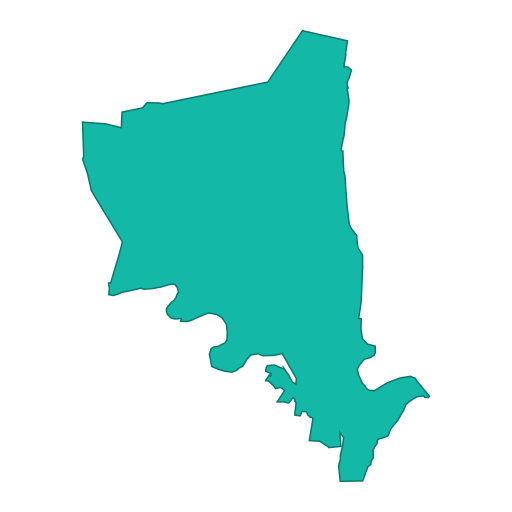 San Juan Bautista Lo de Soto, Guerrero, Mexico
{"feature_id": "50627088B39502815405022", "entity_name": "San Juan Bautista Lo de Soto", "entity_type": "district", "adm_level": 2, "iso_a3": "MEX", "parent_name": "Mexico", "parent_adm1": "Guerrero", "projection": "orthographic", "projection_center": [-98.336, 16.509], "detail": "fine", "context": "isolated", "style": "filled", "palette": "teal", "viewbox_px": 512, "rotation_deg": 0, "n_neighbors": 0, "source": "geoboundaries", "source_scale": "gbopen_adm2", "svg_char_len": 3585}
<svg xmlns="http://www.w3.org/2000/svg" viewBox="0 0 512 512"><path d="M82.5,122.0L83.7,156.3L83.3,157.3L82.5,159.0L87.6,174.0L91.3,190.5L102.2,208.7L121.8,240.8L122.3,242.4L119.2,254.2L119.0,254.9L111.4,280.4L110.6,283.0L108.6,283.0L108.6,284.1L109.3,288.2L108.8,294.7L112.1,295.3L113.5,295.5L120.0,293.4L121.2,292.4L127.4,291.3L127.8,291.2L133.6,289.9L140.6,288.2L144.2,289.2L152.0,288.6L154.7,288.2L157.0,287.6L161.1,287.1L162.7,286.3L165.6,285.7L168.7,284.7L169.5,284.5L173.0,284.0L175.3,284.9L177.5,287.9L177.9,289.8L178.3,292.0L178.6,292.6L177.5,293.3L175.9,297.6L174.0,300.4L171.7,302.0L168.2,306.0L166.4,308.6L166.4,311.3L167.6,314.7L171.2,318.0L175.1,319.0L181.1,318.5L181.5,318.6L180.6,321.4L186.3,321.5L190.6,320.7L195.5,318.3L200.9,316.0L201.1,316.0L205.6,314.0L208.8,313.0L213.8,313.9L215.4,314.3L216.9,314.5L221.5,317.5L222.0,317.6L226.3,324.2L226.8,328.0L227.2,332.8L227.0,339.7L225.1,342.8L217.6,346.6L214.7,346.7L212.7,347.5L211.0,348.9L209.4,354.2L211.7,366.5L218.8,369.5L224.8,371.2L232.1,372.2L236.1,370.6L239.2,368.0L242.7,366.4L247.3,358.8L250.9,354.9L258.4,353.7L259.7,354.5L263.1,355.7L273.9,355.4L282.2,353.5L296.4,378.7L295.8,384.0L292.4,382.2L288.7,375.1L283.4,367.5L283.4,368.9L274.4,365.0L267.5,365.6L266.2,367.6L265.9,369.5L265.7,371.3L270.9,373.5L270.6,376.1L269.3,375.0L269.1,375.4L265.6,380.4L265.6,380.8L266.4,380.7L268.5,381.0L274.2,386.5L274.4,387.0L275.5,388.6L279.5,387.7L280.4,387.5L282.2,388.4L284.6,390.5L277.2,401.9L284.1,401.9L288.7,403.1L293.0,397.7L293.3,398.0L293.6,397.9L294.4,398.9L294.7,399.2L295.4,400.1L294.6,400.9L294.5,401.0L296.1,402.7L294.7,415.1L298.0,415.6L300.3,415.8L301.9,411.5L306.3,411.7L306.4,411.9L307.0,413.2L308.0,415.2L310.1,417.2L312.1,417.5L312.9,418.7L309.3,440.6L319.7,441.2L328.1,446.7L328.6,447.5L328.8,447.5L329.0,447.6L340.9,446.4L339.9,432.6L343.6,437.3L342.6,446.3L340.4,454.8L340.3,459.5L338.6,465.9L340.2,481.3L362.7,480.9L368.0,466.5L370.8,464.6L371.2,461.1L373.4,457.7L373.1,449.9L373.3,449.4L375.7,445.4L376.9,443.8L377.4,442.7L377.4,442.4L377.2,440.9L377.2,440.5L378.8,438.9L381.5,438.4L387.7,436.1L388.4,435.4L389.7,431.5L391.2,428.4L391.9,427.3L395.6,422.9L397.9,420.1L398.2,419.7L401.1,414.5L401.4,414.2L402.6,412.1L403.3,411.1L404.3,408.5L406.3,403.8L407.0,403.8L408.4,402.3L412.1,399.7L416.5,397.0L417.7,396.6L418.7,396.5L419.9,396.4L420.8,396.3L423.2,395.8L424.2,396.7L425.0,397.3L428.3,397.6L429.0,396.7L429.5,396.2L416.8,380.9L415.2,378.2L410.3,376.3L399.9,378.0L387.1,382.9L374.2,390.8L369.3,390.3L366.8,388.9L364.6,385.5L362.3,383.0L358.4,374.5L357.4,368.9L358.8,365.9L364.4,359.2L370.5,357.5L374.3,355.0L375.3,352.9L375.2,346.1L367.5,344.1L362.5,338.7L362.3,337.6L361.0,329.6L361.2,318.9L358.7,318.4L361.1,302.3L361.5,294.8L361.8,287.0L362.4,270.4L362.6,269.9L362.6,255.3L357.9,247.5L357.2,241.8L356.9,239.3L356.9,238.5L356.7,235.4L351.5,228.8L350.7,227.3L349.4,224.4L348.9,221.0L347.0,205.2L346.2,193.5L346.1,193.2L345.5,183.8L345.1,177.8L344.9,175.7L344.6,174.4L343.9,172.0L343.5,167.4L343.2,160.5L342.9,151.1L341.4,150.8L341.0,149.6L343.3,138.6L344.0,135.8L344.5,131.6L344.8,128.0L345.1,123.6L345.3,122.0L346.2,119.9L346.5,117.9L347.0,115.3L347.8,110.3L348.3,107.0L348.8,104.2L349.0,101.3L348.9,99.3L347.2,88.4L347.1,87.9L348.1,87.9L347.1,85.0L347.3,81.6L349.0,78.3L351.1,71.4L351.4,70.2L347.8,67.0L343.8,66.8L346.0,54.5L345.5,54.2L347.5,40.9L302.5,30.7L267.7,82.1L242.2,87.3L186.8,98.7L162.8,103.7L158.4,102.9L151.0,102.8L146.8,102.8L142.5,107.9L122.0,112.1L121.3,127.6L121.2,127.7L105.0,123.7L96.8,123.2L84.9,122.3L82.5,122.0Z" fill="#14b8a6" stroke="#0f766e" stroke-width="1.5"/></svg>